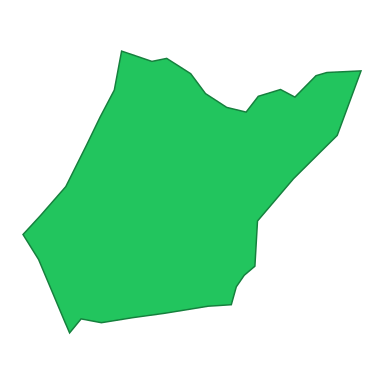 outline of Kanem, Kanem, Chad
{"feature_id": "50815135B90270246712933", "entity_name": "Kanem", "entity_type": "district", "adm_level": 2, "iso_a3": "TCD", "parent_name": "Chad", "parent_adm1": "Kanem", "projection": "equal_earth", "projection_center": [15.3, 14.131], "detail": "fine", "context": "isolated", "style": "filled", "palette": "green", "viewbox_px": 384, "rotation_deg": 0, "n_neighbors": 0, "source": "geoboundaries", "source_scale": "gbopen_adm2", "svg_char_len": 589}
<svg xmlns="http://www.w3.org/2000/svg" viewBox="0 0 384 384"><path d="M361.0,70.9L326.9,72.5L316.0,75.7L294.9,97.1L280.5,89.5L258.3,96.3L246.1,112.1L226.7,107.4L205.5,93.6L190.7,73.7L166.7,58.4L151.9,61.4L121.6,51.1L114.3,90.1L100.1,117.1L86.6,145.0L65.8,186.6L40.1,216.0L23.0,234.5L38.6,259.5L49.8,286.1L65.1,322.5L66.3,325.2L69.6,332.9L81.1,318.9L101.4,322.7L132.4,317.7L165.1,313.2L208.1,306.2L217.9,305.6L231.3,304.7L236.3,286.8L244.2,275.3L254.9,266.2L257.5,221.0L293.5,178.7L321.0,151.4L337.2,135.4L341.2,124.6L361.0,70.9Z" fill="#22c55e" stroke="#15803d" stroke-width="1.5"/></svg>